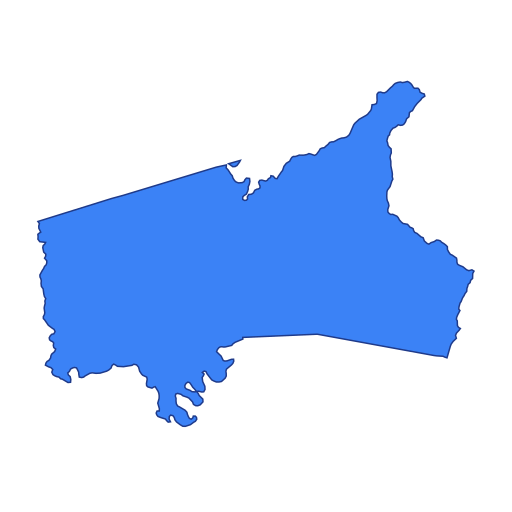 outline of Jaíba, Minas Gerais, Brazil, rotated 177°
{"feature_id": "56859067B83912683918054", "entity_name": "Jaíba", "entity_type": "district", "adm_level": 2, "iso_a3": "BRA", "parent_name": "Brazil", "parent_adm1": "Minas Gerais", "projection": "albers", "projection_center": [-43.684, -15.25], "detail": "fine", "context": "isolated", "style": "filled", "palette": "blue", "viewbox_px": 512, "rotation_deg": 177, "n_neighbors": 0, "source": "geoboundaries", "source_scale": "gbopen_adm2", "svg_char_len": 6058}
<svg xmlns="http://www.w3.org/2000/svg" viewBox="0 0 512 512"><g transform="rotate(177 256 256)"><path d="M350.1,94.9L351.3,97.7L351.0,100.2L349.6,101.6L347.3,100.9L346.1,99.0L345.5,96.6L344.0,94.4L340.4,91.4L338.0,89.8L335.4,89.6L330.3,91.0L327.0,93.2L325.2,94.1L323.7,96.1L323.9,98.0L325.0,99.3L327.0,99.4L327.6,97.6L329.3,96.4L331.0,97.3L331.9,99.0L332.7,101.2L333.2,103.6L334.9,105.7L340.0,109.1L342.1,110.3L343.3,112.6L343.5,115.5L343.3,118.0L343.9,120.4L343.4,122.3L341.5,122.9L338.1,121.8L336.3,120.2L332.2,118.6L330.4,117.6L327.0,113.6L326.2,111.1L324.1,109.7L322.0,109.5L319.5,110.3L316.6,113.1L316.6,115.9L320.0,119.6L321.0,121.9L322.5,123.8L320.6,124.0L317.2,123.0L315.3,123.1L313.9,125.4L313.9,128.6L315.8,133.4L316.1,137.6L315.0,138.9L314.0,140.8L315.7,142.5L313.8,143.8L312.0,143.2L311.0,140.8L306.7,134.6L304.7,133.4L302.3,132.3L299.6,132.1L297.0,132.5L293.2,135.6L292.0,137.7L291.9,140.2L292.1,142.5L291.4,144.6L286.2,148.5L284.7,150.0L283.7,152.2L283.8,154.1L286.0,154.1L290.4,152.8L292.6,152.7L294.2,153.4L296.1,157.9L300.4,162.5L299.5,164.5L298.0,166.3L296.5,167.1L294.9,167.2L293.1,166.8L291.4,166.8L284.9,168.0L283.7,169.4L281.4,170.9L273.5,173.7L273.5,175.4L198.9,174.7L83.4,147.3L80.7,146.8L74.5,146.1L72.9,145.2L70.6,144.3L66.7,155.6L65.7,157.8L63.6,160.4L60.2,163.3L60.9,166.3L59.8,168.6L57.1,171.2L55.7,172.9L57.5,174.1L58.5,175.9L58.4,180.7L59.2,182.3L58.8,184.3L57.6,186.8L55.2,190.9L56.3,192.3L56.0,194.5L54.7,198.3L53.6,199.7L51.9,203.4L50.4,205.4L49.2,207.6L47.4,209.7L47.1,212.5L46.2,214.6L45.6,216.6L43.6,218.2L42.9,220.5L40.9,222.2L40.5,227.2L39.1,229.5L41.1,230.9L44.2,230.2L46.4,231.2L49.9,234.4L53.5,236.1L55.1,237.2L55.7,239.3L55.6,241.2L55.9,243.4L60.0,246.6L61.8,247.5L63.3,249.8L64.5,252.4L64.4,255.3L65.9,257.0L67.8,258.6L69.9,260.0L71.2,261.5L73.0,262.2L74.9,262.5L77.2,261.1L80.5,260.2L82.7,258.8L84.5,259.6L87.1,262.2L88.1,265.5L90.3,266.5L94.0,270.1L96.3,271.3L97.3,273.2L97.6,275.0L99.0,276.0L100.6,276.6L103.0,279.7L107.5,280.8L109.1,282.3L110.9,284.5L112.0,286.9L113.2,288.4L117.3,290.5L119.3,290.4L120.9,291.6L122.0,293.1L122.0,295.5L120.6,299.2L121.0,301.8L122.0,304.4L122.3,306.3L122.3,309.2L121.9,313.3L121.2,315.0L118.5,318.3L116.4,323.8L115.3,325.6L115.8,328.0L115.5,330.6L115.7,333.0L116.6,339.0L116.4,343.5L117.0,347.4L116.4,350.0L115.5,351.8L115.5,356.0L117.0,357.5L118.3,359.4L118.7,362.4L119.3,364.1L118.7,366.2L117.7,368.9L116.3,370.0L116.0,371.8L114.6,374.3L112.5,376.5L110.5,377.1L108.6,378.3L107.1,379.6L104.9,378.9L102.7,379.1L101.1,380.2L99.6,382.3L98.4,385.2L96.0,387.0L95.3,391.1L94.0,392.2L92.2,392.9L89.7,396.9L87.0,400.0L83.1,403.5L82.1,404.9L79.0,406.8L79.5,409.0L81.7,409.8L83.6,411.0L84.2,413.6L85.5,415.1L89.1,415.2L90.3,416.6L91.3,418.6L92.5,420.2L93.9,421.4L95.7,422.4L98.2,421.8L100.8,421.5L102.7,422.2L105.3,421.9L107.9,421.1L109.5,419.9L110.9,418.4L112.9,416.9L117.0,413.2L119.1,412.2L121.0,412.4L123.0,413.2L125.2,413.0L126.7,411.2L126.9,407.8L126.9,404.8L127.7,401.9L130.0,401.1L132.2,401.0L133.1,396.7L133.9,395.2L137.2,391.6L138.8,390.6L145.7,387.2L150.4,383.3L151.6,381.8L155.7,373.5L157.0,371.7L159.4,370.0L162.0,369.4L164.3,369.3L166.5,368.7L168.1,368.1L170.2,367.0L172.5,366.0L174.6,366.0L176.6,365.5L178.3,363.6L180.4,362.1L182.1,360.6L184.3,360.4L186.2,359.7L187.5,357.7L190.3,354.3L192.2,353.4L196.1,355.0L197.8,355.5L199.7,354.7L201.6,354.4L203.4,354.2L207.6,354.5L209.6,353.8L211.7,353.3L213.6,353.4L215.0,352.6L216.2,351.0L217.4,348.9L220.9,347.0L223.4,344.1L225.0,340.0L226.2,338.7L229.6,334.3L230.9,332.1L232.8,332.5L234.6,334.8L236.9,335.4L237.4,333.6L239.6,332.5L240.7,331.0L242.5,330.3L246.2,331.5L248.3,331.3L249.5,329.6L249.0,327.4L248.3,325.7L248.5,323.8L249.9,322.9L251.6,322.7L253.8,321.7L255.3,319.1L257.4,317.9L260.0,317.8L261.6,315.5L261.4,313.4L262.7,312.2L264.6,312.1L266.3,313.2L266.1,315.8L264.6,317.1L262.4,318.3L261.0,320.9L260.2,323.2L260.2,325.5L258.9,328.0L258.2,330.8L258.4,333.8L261.5,334.3L263.1,332.7L264.0,330.9L265.9,330.0L269.5,329.9L271.1,330.5L272.6,331.4L273.7,332.8L274.9,334.9L275.6,337.5L276.9,339.1L279.3,343.3L281.2,345.6L280.8,348.5L291.1,346.8L385.5,323.5L397.1,321.0L472.0,301.9L470.6,299.7L471.4,297.3L471.4,295.0L469.7,291.1L471.2,290.2L472.7,289.1L472.6,286.7L472.9,284.2L471.2,281.6L465.4,280.6L466.3,279.0L468.0,277.5L468.5,275.5L467.8,271.0L465.8,268.8L466.1,266.7L467.3,264.9L465.2,262.2L465.3,260.1L466.0,258.2L467.7,256.7L468.8,254.5L470.1,252.8L472.8,248.4L472.8,246.3L472.1,244.6L471.7,242.5L472.1,239.9L471.9,236.8L470.3,234.4L469.9,229.2L469.4,226.6L468.2,224.5L469.2,222.1L469.0,219.7L469.9,216.9L470.3,215.1L469.9,210.5L470.3,208.7L471.6,206.5L471.6,204.6L470.5,203.4L467.0,197.7L463.1,194.4L461.5,193.3L460.6,191.1L461.9,188.9L464.1,188.5L465.6,187.1L466.8,185.1L466.5,183.1L465.2,181.9L463.6,181.1L462.6,179.7L463.1,177.3L462.7,175.1L460.9,173.6L462.1,171.1L465.2,168.7L466.0,167.1L466.5,164.9L468.2,162.7L470.2,161.6L471.4,160.0L472.0,158.0L468.8,156.1L466.7,155.3L464.9,153.3L466.0,150.7L465.0,148.2L463.4,147.0L461.4,146.0L459.1,145.4L457.5,143.6L455.8,143.1L450.4,139.5L447.8,139.6L447.4,142.3L447.9,145.3L449.6,147.0L450.1,149.1L448.4,150.5L447.1,152.8L445.0,153.8L443.3,154.2L441.1,153.7L440.1,151.5L439.2,149.3L439.1,146.7L438.8,144.3L436.4,143.7L434.4,144.1L432.9,145.2L428.0,147.6L425.7,147.9L422.0,147.2L417.8,147.2L411.2,148.8L408.9,149.9L406.6,151.7L405.6,154.1L403.8,155.5L401.8,154.4L400.2,153.1L394.1,152.4L385.6,153.3L383.7,154.3L381.0,153.6L379.1,151.2L378.2,147.0L376.4,144.0L375.3,142.8L371.5,140.8L371.1,138.7L372.1,134.3L372.0,132.2L370.8,130.9L366.8,129.5L365.1,130.4L363.5,130.8L360.8,125.9L360.2,123.9L360.0,121.6L360.2,118.9L361.8,114.2L360.5,108.6L360.7,106.3L362.9,106.4L363.9,104.4L363.5,102.7L362.3,100.9L359.7,99.7L354.9,97.9L354.0,96.4L352.4,94.7L350.1,94.9ZM322.5,123.8L324.3,123.5L327.1,123.9L328.9,125.3L332.6,126.9L333.9,128.5L333.8,130.4L332.6,132.4L330.7,133.6L329.0,133.1L327.8,131.4L326.0,128.2L324.3,126.3L322.5,123.8ZM278.5,349.6L274.5,346.4L272.2,346.4L270.2,347.4L267.6,350.6L266.6,352.3L278.5,349.6Z" fill="#3b82f6" stroke="#1e3a8a" stroke-width="1.5"/></g></svg>